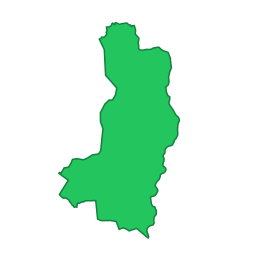 Bla, Ségou, Mali (Mercator projection), rotated 112°
{"feature_id": "8926073B53903332689390", "entity_name": "Bla", "entity_type": "district", "adm_level": 2, "iso_a3": "MLI", "parent_name": "Mali", "parent_adm1": "Ségou", "projection": "mercator", "projection_center": [-5.818, 12.918], "detail": "fine", "context": "isolated", "style": "filled", "palette": "green", "viewbox_px": 256, "rotation_deg": 112, "n_neighbors": 0, "source": "geoboundaries", "source_scale": "gbopen_adm2", "svg_char_len": 3895}
<svg xmlns="http://www.w3.org/2000/svg" viewBox="0 0 256 256"><g transform="rotate(112 128 128)"><path d="M56.4,187.9L64.1,179.4L87.6,168.5L89.1,165.3L95.1,153.4L102.2,152.0L107.8,152.9L109.2,156.0L114.5,158.4L124.3,159.3L132.6,155.8L138.2,150.8L139.6,150.5L146.7,148.5L159.2,144.8L163.1,145.6L166.3,151.0L171.1,154.4L174.2,157.4L175.5,163.7L177.9,167.7L182.3,167.7L186.6,168.5L189.0,172.3L195.0,173.1L195.0,174.9L195.9,175.1L198.9,163.8L214.5,166.6L215.3,166.7L215.5,166.4L216.4,164.5L217.2,162.5L217.2,161.1L216.4,160.2L216.1,159.3L216.8,156.2L217.4,155.2L218.2,154.7L219.0,152.6L219.8,151.9L220.6,150.4L220.5,149.5L221.1,148.8L221.6,148.2L220.7,147.0L220.6,145.8L220.0,145.9L219.2,146.3L218.3,146.2L217.8,146.7L217.5,146.8L217.3,146.8L216.5,146.6L215.9,144.7L214.2,143.6L213.9,142.8L212.5,140.7L211.4,140.5L211.1,139.1L210.6,138.4L209.7,135.9L208.9,134.0L207.8,132.2L207.7,131.4L208.0,131.0L207.6,130.6L223.8,122.1L224.0,118.2L220.4,109.7L219.1,103.9L225.3,98.2L222.5,95.4L222.3,91.8L223.0,88.4L217.9,82.4L219.5,77.4L222.5,68.2L222.0,68.2L221.1,68.1L220.3,68.7L219.9,69.0L216.5,71.9L215.3,72.3L214.3,72.6L212.5,72.2L211.3,71.6L209.9,70.4L209.0,69.1L208.2,68.4L207.3,68.3L207.0,68.3L206.2,68.2L205.3,68.7L204.6,69.1L204.2,69.3L203.0,69.8L202.5,69.9L202.1,70.1L200.3,70.4L199.9,70.2L199.2,69.9L197.8,69.5L197.5,69.6L197.2,69.6L195.6,70.1L194.5,70.6L194.2,70.8L193.9,70.9L193.4,71.4L192.6,72.2L191.6,73.2L191.1,73.6L191.3,74.1L191.4,74.5L191.1,76.1L189.4,78.0L185.7,80.1L184.6,80.7L184.4,81.0L183.6,81.1L182.6,80.4L181.9,79.1L181.2,78.2L179.1,77.1L178.6,77.1L178.4,77.0L177.4,77.0L175.6,76.8L175.3,76.8L175.2,76.8L174.1,77.5L173.8,77.5L173.6,77.9L173.4,78.2L172.6,79.4L171.6,81.2L170.8,81.2L169.5,81.4L168.3,81.3L167.7,81.2L165.7,80.6L164.2,79.9L162.6,79.9L162.1,79.8L161.3,79.9L158.8,80.5L156.7,78.6L156.2,78.0L156.0,77.9L155.7,77.7L155.3,77.5L155.1,77.4L153.2,77.1L152.7,77.1L152.0,77.5L151.8,77.6L151.4,77.9L151.2,78.1L150.6,78.9L150.3,80.7L149.6,81.5L148.9,81.8L147.6,82.3L147.1,82.3L145.3,82.3L143.0,83.0L142.5,83.5L141.7,84.5L139.8,85.3L139.2,85.1L138.8,85.0L138.4,84.5L137.7,84.3L137.0,84.6L136.1,84.9L134.5,85.4L132.4,85.2L130.6,84.4L129.5,83.3L127.7,80.8L126.2,80.4L124.1,80.1L121.3,80.3L119.9,79.6L115.8,79.3L114.2,79.9L114.0,80.0L111.1,81.4L108.7,82.2L106.0,83.0L104.9,83.2L104.5,83.3L102.2,83.0L100.8,83.7L100.6,83.9L99.6,84.8L98.9,85.9L97.9,88.7L96.6,90.2L95.7,91.4L94.9,92.2L93.7,94.0L93.4,94.4L92.4,95.9L91.8,96.9L90.1,99.2L89.2,99.4L89.1,99.5L88.4,99.6L87.9,99.8L86.8,99.8L84.6,100.5L84.2,100.7L83.9,100.8L83.6,100.8L83.1,102.5L83.0,103.3L79.8,106.2L78.1,107.1L76.9,107.7L76.2,108.3L76.2,108.2L75.7,107.9L75.2,107.8L74.7,107.7L72.8,106.8L71.9,106.9L71.0,107.1L69.6,107.3L68.5,107.9L66.3,109.1L65.8,109.4L65.2,109.5L64.6,109.7L63.6,109.8L63.2,109.8L60.5,110.3L56.0,110.3L55.4,110.6L54.7,111.1L53.4,111.7L52.9,112.1L52.7,112.2L52.0,112.5L51.3,112.9L48.9,114.2L48.4,114.4L47.8,114.6L47.6,114.9L47.4,115.1L47.2,115.1L43.0,119.0L42.9,120.2L43.0,121.7L43.1,123.1L43.0,125.0L42.9,126.1L42.1,128.2L41.6,129.4L41.6,129.6L41.7,129.8L41.7,130.3L41.8,130.5L44.4,134.5L44.5,134.7L45.8,135.6L46.1,135.8L47.1,137.4L47.3,138.1L48.4,140.7L49.0,141.6L50.3,143.5L50.9,145.0L51.1,145.7L51.0,146.9L50.3,147.8L49.7,148.0L49.3,148.2L48.9,148.5L46.7,149.4L46.4,149.6L45.2,150.4L45.2,150.5L44.9,150.7L44.5,150.7L42.1,151.0L40.5,151.7L40.4,151.8L38.8,155.2L38.0,156.5L37.0,156.8L36.0,157.1L34.2,157.7L30.7,160.5L30.8,160.6L30.9,161.0L31.1,161.6L31.5,162.5L31.9,162.4L32.2,162.3L32.7,163.1L32.2,163.6L31.6,164.3L32.0,165.7L31.1,168.5L31.7,169.5L33.7,173.0L35.1,174.7L34.9,177.5L34.9,178.4L35.2,179.2L36.1,179.2L36.7,178.9L37.1,179.0L37.0,179.9L36.7,180.6L36.4,181.3L36.8,181.5L37.4,182.0L39.1,181.9L40.0,182.2L41.5,183.6L42.5,185.8L44.2,184.9L45.3,183.9L47.7,184.0L48.4,182.9L50.5,183.2L52.1,183.9L53.1,184.6L53.4,186.3L55.1,186.8L56.4,187.9Z" fill="#22c55e" stroke="#15803d" stroke-width="1.5"/></g></svg>